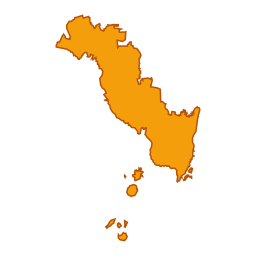 the district of Lampung Selatan, Lampung, Indonesia
{"feature_id": "22746128B4401734887211", "entity_name": "Lampung Selatan", "entity_type": "district", "adm_level": 2, "iso_a3": "IDN", "parent_name": "Indonesia", "parent_adm1": "Lampung", "projection": "robinson", "projection_center": [105.521, -5.67], "detail": "fine", "context": "isolated", "style": "filled", "palette": "amber", "viewbox_px": 256, "rotation_deg": 0, "n_neighbors": 0, "source": "geoboundaries", "source_scale": "gbopen_adm2", "svg_char_len": 5880}
<svg xmlns="http://www.w3.org/2000/svg" viewBox="0 0 256 256"><path d="M103.8,94.6L107.2,98.9L108.1,101.0L108.2,103.6L109.8,105.4L110.5,108.7L112.4,111.9L115.1,114.2L116.7,117.7L118.3,118.0L122.0,120.7L123.5,120.6L123.7,121.8L125.6,123.4L128.3,123.1L128.4,125.2L129.1,125.5L129.7,125.0L131.6,127.4L134.7,127.8L137.6,131.2L137.7,133.3L138.4,133.2L138.8,134.0L139.7,133.9L140.4,133.2L141.2,128.3L142.9,127.6L143.4,129.3L144.1,129.5L145.3,127.7L146.4,128.1L145.1,134.7L146.0,135.2L146.5,136.5L150.8,141.0L152.0,143.1L151.4,147.3L150.1,149.9L150.5,152.2L150.0,154.8L151.1,156.5L151.1,158.8L153.0,160.5L153.1,161.8L154.8,163.5L155.0,164.4L157.0,165.4L159.4,165.3L159.7,166.0L161.1,166.4L162.5,165.7L164.1,166.1L165.4,165.5L166.9,166.2L169.2,166.1L170.2,167.8L171.5,168.6L172.8,168.1L175.0,168.4L177.0,170.7L176.6,172.1L176.9,175.0L177.6,175.4L177.6,177.2L177.0,181.4L177.6,181.9L178.3,180.8L179.1,180.9L179.7,180.3L181.4,175.9L185.0,173.5L185.5,172.6L185.6,171.2L186.3,170.9L186.1,170.4L187.2,169.7L187.0,169.1L188.5,167.2L188.2,166.5L189.1,166.5L189.9,165.5L189.5,163.5L189.8,162.4L190.6,162.5L189.9,162.0L190.7,161.6L191.0,160.3L190.5,160.0L190.5,159.4L192.0,159.2L191.9,158.1L192.6,156.7L193.8,156.4L193.8,155.7L193.2,155.8L192.7,154.9L192.7,152.6L193.2,151.1L193.8,151.1L193.2,150.4L193.6,150.4L193.3,149.3L194.0,146.5L193.8,144.9L192.6,142.6L192.4,138.5L193.7,134.8L195.9,131.5L197.8,117.3L198.3,116.8L198.0,116.4L199.8,109.9L199.4,108.0L197.9,107.5L197.3,106.8L195.1,108.4L193.4,111.1L193.7,113.1L192.5,112.1L191.9,112.2L192.7,115.3L192.2,115.4L191.0,114.2L191.1,115.8L189.9,115.9L188.9,117.0L188.3,116.7L189.1,115.8L189.0,115.1L187.4,116.5L186.0,115.7L187.0,113.6L186.9,112.9L185.6,114.2L184.9,114.2L185.5,112.7L185.5,110.5L184.9,110.4L184.8,112.0L184.4,112.1L184.2,110.2L183.8,109.6L183.3,109.9L183.4,111.1L182.3,112.7L181.7,112.5L182.2,111.2L180.8,112.4L180.8,115.2L180.1,114.9L179.4,115.7L178.9,115.0L178.5,115.7L174.9,114.2L175.4,112.4L174.7,111.9L172.0,111.5L171.2,115.0L170.3,115.2L169.7,114.4L168.4,114.4L168.5,111.8L167.0,109.4L165.5,108.7L164.8,106.3L165.9,103.9L164.1,103.2L162.9,101.9L161.6,101.5L160.7,101.7L160.3,89.2L157.0,87.8L150.6,86.8L150.7,85.1L151.1,85.1L152.3,80.0L151.2,79.3L151.9,78.6L151.4,77.9L149.8,78.8L148.1,78.1L142.5,78.7L142.7,80.1L141.8,79.2L140.5,81.1L140.4,84.1L138.5,84.1L138.5,82.4L137.6,81.2L137.2,79.1L139.8,78.4L140.0,77.0L139.4,76.9L139.8,75.9L139.4,75.5L140.3,72.9L140.7,72.9L140.5,71.0L139.6,70.4L139.4,69.5L139.9,68.8L139.0,68.5L139.2,64.3L139.7,63.6L139.0,61.4L139.2,58.5L139.7,58.3L140.9,55.5L140.4,53.6L138.2,50.2L136.6,48.4L133.9,48.2L133.2,47.0L133.1,45.9L131.1,45.0L131.2,42.0L129.9,42.0L128.6,43.7L128.7,44.2L127.6,44.5L127.4,46.1L118.8,46.1L117.7,47.5L117.2,40.2L122.2,41.5L125.3,39.7L125.8,31.7L124.1,32.3L122.8,32.0L120.0,32.3L119.4,32.1L119.3,29.9L121.1,29.1L116.6,28.3L114.9,28.4L114.1,27.8L114.0,26.0L118.1,26.1L118.3,24.6L115.1,24.6L114.9,25.0L113.7,24.4L112.9,24.9L112.0,24.6L111.3,25.3L108.0,24.9L108.4,26.0L106.6,26.4L105.8,28.2L103.8,29.1L104.2,29.9L103.7,31.0L100.8,29.8L99.3,26.5L100.1,25.2L99.6,23.6L95.9,25.6L96.0,26.7L94.5,28.5L93.8,27.5L93.5,26.1L92.2,25.6L91.8,24.1L90.5,23.8L90.9,22.7L90.4,22.6L89.9,21.6L89.8,17.7L88.8,17.3L88.6,16.5L83.4,18.0L82.9,17.5L82.5,15.4L76.5,17.4L74.9,17.5L74.5,19.3L72.3,20.2L71.6,21.4L69.2,21.3L66.7,25.1L66.8,28.5L70.2,36.6L70.3,37.8L69.6,38.1L69.8,39.3L66.4,38.6L65.1,37.6L65.2,36.3L63.9,34.6L63.9,35.1L62.8,35.1L59.5,42.0L58.2,41.9L57.4,42.5L57.6,42.7L56.2,45.4L56.3,47.0L67.3,49.3L68.5,50.3L70.0,50.8L70.6,52.0L72.2,52.2L73.2,53.3L73.7,55.6L74.9,55.3L75.7,56.4L77.0,56.8L78.4,59.3L79.4,59.3L79.6,58.4L80.8,57.9L81.9,56.3L81.8,55.5L82.8,55.2L83.0,54.1L85.1,52.4L86.9,52.9L87.7,55.4L87.2,56.5L87.8,57.0L89.4,57.0L90.3,55.9L90.5,54.4L91.6,54.5L92.3,55.5L93.3,55.4L91.8,58.4L92.7,57.8L93.0,59.8L95.5,57.7L95.4,58.3L96.0,58.3L96.1,61.3L97.5,61.6L97.5,64.3L98.7,64.5L98.7,66.1L99.4,66.4L99.3,68.6L101.4,68.7L102.8,71.5L102.2,75.1L99.8,78.7L100.7,85.0L102.5,88.2L104.5,89.4L106.2,92.9L103.8,94.6ZM135.6,185.2L133.2,184.7L129.7,185.9L129.2,187.0L127.8,188.2L126.8,192.3L127.8,194.5L131.3,196.5L132.6,195.7L134.5,195.6L135.6,194.3L137.5,190.7L137.4,189.1L137.1,188.9L137.2,190.1L136.6,188.3L136.6,186.6L135.6,185.2ZM139.7,168.5L139.0,168.1L138.9,170.2L138.2,170.5L137.9,171.3L137.1,171.3L136.5,170.0L135.3,170.3L134.6,171.5L135.1,174.3L132.6,174.9L132.9,176.5L134.8,177.4L134.7,179.8L135.1,180.7L140.0,178.7L140.4,176.2L141.1,174.8L140.6,174.2L143.0,172.5L142.7,171.5L140.0,171.2L140.2,170.2L141.1,169.6L141.2,168.6L140.8,168.0L139.7,168.5ZM124.1,233.4L123.3,232.6L121.9,234.7L120.2,235.6L119.0,235.5L118.4,234.6L118.2,237.7L119.9,239.7L124.1,240.6L124.9,240.4L125.2,239.6L126.2,238.9L127.2,236.3L126.4,235.4L125.8,233.3L124.1,233.4ZM106.9,228.1L108.5,226.7L110.7,225.7L111.5,224.5L113.7,223.1L115.0,219.1L111.3,220.2L109.7,221.8L108.0,224.9L105.9,226.8L106.9,228.1ZM119.2,227.7L120.1,226.6L121.3,225.9L120.2,224.0L119.3,223.9L118.8,222.9L117.8,223.5L117.4,225.3L118.2,227.1L119.2,227.7ZM191.3,168.9L191.3,168.0L191.0,168.0L188.9,170.3L188.6,171.3L189.3,172.3L190.4,172.2L191.1,173.0L191.4,172.7L191.0,172.1L191.9,170.9L192.5,168.5L191.9,168.2L191.3,168.9ZM124.6,220.7L124.9,224.5L124.5,226.7L125.2,227.2L127.4,222.4L124.6,220.7ZM187.6,176.3L186.9,175.3L186.5,176.0L185.3,176.3L184.3,179.2L183.5,179.7L183.8,180.4L185.4,179.9L186.5,177.6L187.4,177.4L187.6,176.3ZM191.6,176.3L189.8,176.3L189.1,176.6L191.6,178.1L191.6,176.3ZM125.1,177.5L125.7,176.5L124.7,175.4L124.6,176.6L125.1,177.5ZM188.2,176.3L188.5,175.2L187.8,175.1L187.7,176.1L188.2,176.3ZM142.6,176.5L142.3,175.6L142.0,175.3L141.9,176.2L142.6,176.5ZM182.0,177.9L182.1,177.4L181.6,176.9L181.4,177.4L182.0,177.9ZM106.5,100.1L105.9,99.8L105.7,99.9L106.5,100.1ZM106.8,100.7L107.1,100.3L106.4,100.6L106.8,100.7ZM105.5,100.2L105.1,100.1L104.8,100.2L105.1,100.5L105.5,100.2Z" fill="#f59e0b" stroke="#b45309" stroke-width="1.5"/></svg>